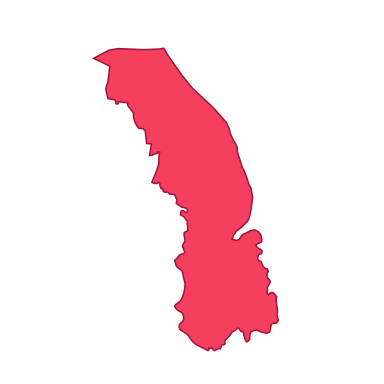 Menbij, Aleppo, Syria, rotated 164°
{"feature_id": "27442178B68936835306318", "entity_name": "Menbij", "entity_type": "district", "adm_level": 2, "iso_a3": "SYR", "parent_name": "Syria", "parent_adm1": "Aleppo", "projection": "equal_earth", "projection_center": [38.131, 36.027], "detail": "fine", "context": "isolated", "style": "filled", "palette": "rose", "viewbox_px": 384, "rotation_deg": 164, "n_neighbors": 0, "source": "geoboundaries", "source_scale": "gbopen_adm2", "svg_char_len": 5850}
<svg xmlns="http://www.w3.org/2000/svg" viewBox="0 0 384 384"><g transform="rotate(164 192 192)"><path d="M134.2,179.3L135.1,182.8L135.3,186.9L135.4,190.9L135.4,191.0L135.4,191.7L135.8,195.4L136.0,197.4L136.8,201.5L137.1,205.5L137.0,209.9L137.3,213.4L137.3,217.9L136.6,221.3L136.3,222.7L136.6,224.6L136.7,226.5L137.3,228.3L137.7,229.6L138.4,232.7L138.6,234.7L138.8,236.0L138.9,240.2L138.8,243.7L139.6,247.0L139.6,248.7L143.0,256.2L148.7,267.8L162.9,291.6L169.1,305.9L177.4,329.9L179.4,338.0L184.1,338.5L196.3,341.4L199.6,342.3L223.5,350.2L232.8,351.2L249.8,347.6L236.3,335.6L242.8,320.3L244.8,317.9L246.5,314.8L247.1,304.9L240.5,301.7L240.8,298.5L240.8,298.4L240.7,298.1L240.6,297.8L240.3,297.5L240.0,297.3L239.9,297.2L239.7,297.1L239.3,297.1L239.1,297.2L238.9,297.2L238.7,297.3L238.6,297.5L238.3,297.7L237.9,299.1L229.2,295.4L229.9,292.9L226.5,284.0L226.8,283.3L227.0,282.4L227.2,281.6L227.4,280.8L227.5,280.0L227.6,279.1L227.7,278.3L227.7,277.6L227.7,276.7L227.7,275.9L227.6,275.0L227.5,274.4L227.4,273.5L227.2,272.7L227.0,271.9L226.9,271.2L226.5,270.3L226.3,269.5L225.9,268.7L225.5,267.8L221.2,266.2L220.9,264.9L220.0,264.4L222.3,251.0L217.7,249.5L222.8,238.7L219.3,238.4L218.8,239.0L214.5,238.6L214.1,240.1L212.1,239.4L214.9,232.8L216.0,228.6L220.0,222.4L224.8,216.2L228.0,212.6L226.3,210.7L225.9,210.9L225.6,210.9L225.3,210.8L225.1,210.7L224.8,210.6L224.7,210.5L224.4,210.2L224.2,210.1L223.9,209.9L223.6,209.9L223.2,209.9L222.9,210.0L221.2,210.3L220.6,209.0L221.0,206.8L221.1,205.6L220.8,204.2L220.8,203.9L220.7,203.7L220.4,203.5L220.2,203.4L220.1,203.5L219.8,203.7L219.6,203.8L219.4,203.8L219.3,203.7L219.2,203.6L219.1,203.3L219.1,203.2L219.4,201.3L219.3,200.5L218.7,199.7L218.4,199.4L218.1,199.2L217.8,199.1L217.4,199.0L217.1,199.0L216.6,199.0L216.2,199.0L215.8,198.9L215.6,198.8L215.4,198.6L215.1,198.3L214.9,198.0L214.7,197.6L214.6,197.0L214.5,196.8L214.4,196.6L214.2,196.4L214.1,196.2L213.9,196.1L213.7,195.9L213.4,195.8L213.0,195.6L212.9,195.6L212.4,195.6L212.0,195.6L211.6,195.5L211.2,195.4L210.8,195.1L210.4,194.9L210.1,194.6L209.8,194.2L209.6,193.8L209.4,193.3L208.5,188.5L209.4,187.2L210.3,185.7L209.2,183.8L206.9,181.5L206.5,180.6L205.4,179.9L204.7,179.6L204.0,179.2L203.5,178.9L202.8,178.4L202.6,178.3L202.4,178.1L202.2,178.0L202.0,177.8L201.9,177.6L201.8,177.4L201.7,177.2L201.6,176.9L201.5,176.7L201.5,176.4L201.5,176.2L201.5,175.9L201.8,174.5L202.3,174.0L203.5,174.1L203.9,174.5L205.5,176.6L206.0,176.8L206.4,176.9L206.9,176.9L207.3,176.8L207.6,176.7L207.9,176.5L209.2,173.9L209.4,173.3L207.2,170.9L205.9,169.3L205.9,168.1L204.8,165.6L204.7,165.4L204.5,165.2L204.5,164.9L204.5,164.7L204.5,164.3L204.6,164.1L204.8,163.9L205.6,162.7L205.6,162.1L205.4,161.3L206.8,156.0L210.2,155.3L210.4,155.2L210.5,155.1L210.8,154.8L210.9,154.6L211.0,154.5L211.6,151.9L212.1,147.0L215.7,143.4L216.3,141.9L215.6,140.2L216.1,139.5L215.5,136.6L215.7,135.9L216.9,135.2L221.0,135.1L221.8,134.6L221.7,134.1L222.7,133.4L223.1,133.7L223.6,133.1L224.1,132.7L224.6,132.4L225.1,132.1L225.6,131.8L226.2,131.6L226.5,131.6L226.8,131.6L227.0,131.5L227.3,131.4L227.6,128.3L227.4,125.1L226.5,123.2L223.6,119.5L223.3,116.4L223.8,111.4L223.8,106.2L225.3,101.9L227.7,97.1L231.1,92.4L233.2,90.5L238.9,88.2L239.2,88.1L239.4,87.8L239.7,87.6L239.8,87.3L240.0,86.9L240.0,86.5L240.0,86.2L240.0,85.9L239.8,85.4L239.5,84.7L239.3,84.1L239.0,83.5L238.7,83.0L238.4,82.5L238.0,81.9L237.7,81.5L237.3,81.1L236.9,80.7L236.5,80.3L236.1,79.9L235.6,79.6L235.3,79.1L235.1,78.6L234.9,78.2L234.7,77.8L234.6,77.4L234.5,77.0L234.5,76.6L234.4,76.1L234.4,75.7L234.5,75.3L234.5,74.7L234.7,74.1L234.7,73.6L234.8,73.2L234.9,72.8L235.2,72.3L235.4,71.8L235.6,71.4L235.9,71.0L236.2,70.7L236.6,70.3L237.0,70.0L237.3,69.8L237.6,69.6L238.0,69.5L238.4,69.3L238.8,69.2L239.1,69.1L239.4,68.9L239.7,68.7L240.1,68.4L240.4,68.1L240.7,67.8L241.0,67.3L241.2,66.9L241.4,66.4L241.5,66.0L241.6,65.5L241.7,65.0L241.7,64.5L241.6,64.0L241.6,63.6L241.4,63.2L241.3,62.9L241.2,62.6L241.0,62.3L240.1,61.4L239.3,60.6L238.5,59.7L237.8,58.9L237.0,57.9L236.3,57.0L235.7,56.0L235.1,55.0L234.9,54.2L234.6,53.3L234.4,52.5L234.1,51.7L233.5,50.3L232.6,48.2L232.1,47.2L231.6,46.4L231.0,45.5L230.4,44.7L229.7,43.8L229.0,43.1L222.6,37.3L221.0,35.4L219.5,35.2L218.7,37.2L215.6,36.2L215.0,34.3L213.7,33.2L210.4,34.0L209.7,34.0L209.2,33.9L208.7,33.8L207.9,33.6L205.5,36.6L203.7,36.7L202.5,36.4L202.0,37.2L201.7,39.2L201.2,40.2L197.7,42.2L194.8,43.9L192.7,45.9L189.9,46.9L188.4,47.1L187.3,47.8L186.2,48.5L185.3,48.5L184.4,47.8L184.3,47.0L183.9,45.8L183.3,44.3L181.6,44.1L181.4,41.9L181.6,40.3L181.6,38.4L181.6,36.9L181.6,35.5L181.3,33.9L181.0,33.2L180.5,32.8L179.8,32.9L177.1,34.4L176.4,37.0L175.6,38.9L173.9,41.4L172.4,41.3L171.1,41.7L169.2,41.7L167.6,41.4L165.0,38.9L162.7,37.6L160.4,36.2L158.0,35.6L155.9,35.9L155.2,37.2L154.2,39.0L153.1,41.3L152.4,42.7L150.5,43.5L147.9,42.9L146.7,42.7L145.7,43.5L144.9,44.5L144.3,45.1L144.3,48.2L144.0,51.1L142.7,53.7L142.3,55.4L141.5,61.7L140.6,65.6L140.3,66.9L139.6,67.5L139.5,68.1L140.2,70.0L141.0,71.7L141.7,72.6L142.4,73.3L143.6,73.4L144.8,73.3L146.0,72.8L146.8,72.1L147.7,73.6L147.1,75.6L146.4,76.7L146.0,79.1L145.5,79.9L143.7,81.5L142.2,83.2L141.5,84.3L141.5,85.4L142.2,87.3L143.1,88.2L143.2,89.9L143.0,91.0L141.7,93.8L140.6,94.4L140.6,97.2L141.8,97.8L142.7,98.5L144.1,100.4L144.7,104.4L144.8,106.2L146.5,107.6L147.1,108.5L147.1,110.4L145.4,113.1L144.6,113.6L142.2,113.6L140.8,115.8L141.9,118.1L143.2,118.9L145.1,121.8L145.0,123.4L142.8,124.4L141.5,124.2L138.9,125.0L138.0,126.9L137.6,132.1L139.3,135.9L141.1,137.1L142.1,138.4L144.0,138.5L147.5,138.5L151.5,137.6L155.1,137.3L158.0,134.9L159.6,133.4L162.5,133.2L164.4,134.3L165.9,135.3L166.5,135.4L164.5,138.6L159.9,142.2L154.0,144.5L146.9,148.4L146.2,149.1L145.5,149.7L144.9,150.5L144.3,151.3L143.6,152.3L143.0,153.4L139.5,160.1L137.9,164.0L135.2,169.9L134.5,177.0L134.2,179.3Z" fill="#f43f5e" stroke="#9f1239" stroke-width="1.5"/></g></svg>